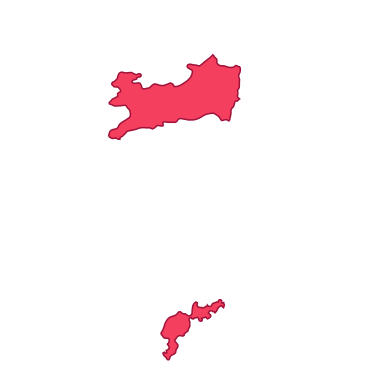 Likoma, Likoma, Malawi (Natural Earth projection), rotated 243°
{"feature_id": "42251766B55477981037231", "entity_name": "Likoma", "entity_type": "district", "adm_level": 2, "iso_a3": "MWI", "parent_name": "Malawi", "parent_adm1": "Likoma", "projection": "natural_earth1", "projection_center": [34.694, -12.051], "detail": "fine", "context": "isolated", "style": "filled", "palette": "rose", "viewbox_px": 384, "rotation_deg": 243, "n_neighbors": 0, "source": "geoboundaries", "source_scale": "gbopen_adm2", "svg_char_len": 5975}
<svg xmlns="http://www.w3.org/2000/svg" viewBox="0 0 384 384"><g transform="rotate(243 192 192)"><path d="M291.6,173.3L290.2,172.8L288.9,172.2L287.7,171.5L286.9,170.3L286.6,168.9L286.4,167.2L286.2,165.7L286.0,162.6L285.8,161.0L285.6,159.6L285.1,158.1L284.3,156.8L283.3,155.7L282.8,154.3L282.8,152.7L283.2,151.3L283.6,149.7L283.7,148.1L283.3,146.5L282.4,145.5L281.4,144.5L280.3,143.5L279.0,143.3L277.6,143.9L276.5,144.7L275.6,145.8L275.1,147.3L274.7,148.7L273.5,149.4L272.4,150.4L271.7,151.7L273.0,152.6L273.3,154.2L273.3,155.6L273.8,157.0L274.2,158.5L274.8,159.9L275.4,161.3L275.3,162.9L274.9,164.5L274.4,166.0L274.0,167.5L273.6,169.1L273.3,170.6L272.9,173.9L272.5,175.4L271.9,176.9L271.3,178.2L270.6,179.4L269.6,180.8L269.2,182.1L268.4,183.3L267.3,184.5L266.2,185.3L266.1,186.9L266.2,188.3L266.7,189.9L266.9,191.3L266.2,192.6L265.3,193.9L264.4,195.0L264.2,196.5L265.5,197.0L266.9,197.4L267.3,198.8L265.7,201.3L264.8,202.7L264.1,204.0L263.5,205.3L262.8,206.6L262.0,208.0L261.6,209.4L262.0,210.9L262.7,212.1L263.1,213.5L262.7,215.0L261.9,216.3L261.0,217.4L260.1,218.7L259.2,219.8L258.3,220.9L257.5,222.1L256.8,223.6L256.1,224.9L255.5,226.3L255.1,227.8L254.8,229.4L254.6,231.0L254.6,232.5L254.6,234.1L254.7,235.5L254.9,237.2L254.9,238.7L254.7,240.1L254.4,241.6L254.0,243.0L253.5,244.4L253.0,245.8L252.2,247.1L251.1,248.0L248.7,249.3L247.4,250.0L246.1,250.3L244.8,250.4L243.5,250.5L242.2,250.9L241.7,252.5L241.5,253.9L240.9,255.4L239.8,256.4L238.6,257.1L239.2,258.4L240.4,259.3L241.5,260.2L242.7,261.1L243.8,262.0L244.9,262.7L246.1,263.3L247.4,264.0L248.4,265.2L248.8,266.7L249.6,268.0L250.6,269.2L251.7,270.1L252.7,271.0L253.3,272.5L252.4,273.7L253.0,275.1L253.3,276.7L254.6,276.2L255.8,275.6L257.2,276.3L258.4,277.2L259.5,277.8L260.8,278.4L262.0,278.8L262.7,280.2L263.6,281.4L265.0,282.3L266.3,283.0L267.5,283.6L268.7,284.3L269.9,285.0L271.1,285.6L272.5,285.7L273.9,286.1L275.0,286.8L276.0,288.0L277.0,289.2L278.2,290.1L279.5,290.8L280.7,291.3L282.0,291.2L282.9,290.0L284.1,289.4L284.9,288.2L284.5,286.6L284.5,285.2L285.2,283.4L285.9,282.1L286.8,281.0L287.8,279.8L288.8,278.9L289.8,277.9L290.6,276.7L291.1,275.3L292.2,274.2L293.3,273.4L294.7,272.9L296.0,272.8L297.1,273.5L298.3,274.1L299.6,274.2L302.2,273.3L303.6,273.3L304.8,272.8L304.2,271.3L303.7,269.7L303.4,268.3L303.1,266.8L302.8,265.1L302.5,263.6L302.2,262.1L301.8,260.5L301.4,258.9L301.1,257.3L301.0,255.7L302.0,254.5L303.0,253.6L303.7,252.4L304.5,251.1L305.5,250.0L306.4,248.8L307.1,247.6L307.2,245.8L306.2,244.7L304.9,244.6L303.6,245.2L302.3,246.1L301.2,246.9L299.9,247.4L298.6,246.7L297.5,245.9L296.5,244.9L295.6,243.8L294.8,242.6L294.2,241.2L293.7,239.8L293.3,238.1L293.0,236.5L292.8,235.0L292.6,233.4L292.5,231.9L292.4,230.3L292.5,228.8L292.7,227.3L293.3,225.5L294.0,224.2L295.3,224.0L296.7,223.9L297.9,223.2L299.0,222.2L299.1,220.7L299.2,219.2L299.6,216.2L299.9,214.7L300.6,213.4L301.5,212.0L302.4,211.0L304.5,208.9L305.3,207.7L305.4,206.2L305.1,204.5L304.7,203.2L304.2,201.3L304.6,199.7L305.0,198.3L305.4,196.8L306.0,195.4L307.1,194.7L308.4,194.9L309.7,195.1L311.2,195.2L312.5,195.0L313.5,194.0L314.0,192.6L314.5,191.1L315.2,189.7L316.2,188.6L317.5,188.5L318.4,189.5L318.3,191.0L317.9,192.5L317.8,194.1L318.9,194.9L318.7,196.5L318.1,197.9L318.5,199.3L319.8,199.9L321.0,199.3L321.6,197.7L321.7,196.1L322.5,194.8L323.6,194.1L324.7,193.2L325.8,192.5L326.6,191.0L327.2,189.4L327.8,187.9L328.5,186.5L330.4,184.3L331.0,182.9L330.9,181.3L330.2,180.0L329.3,179.0L328.2,177.9L327.1,177.0L326.5,175.7L326.0,174.1L325.7,172.6L325.9,171.1L325.2,169.8L323.9,169.4L322.5,169.9L321.1,170.4L320.3,171.6L319.6,172.9L318.7,173.9L317.4,174.1L316.1,174.5L314.7,174.5L313.8,173.5L313.9,172.0L313.6,170.5L312.5,169.8L311.2,169.5L310.8,168.0L310.9,166.5L310.9,164.9L310.9,163.2L310.3,161.9L309.8,160.5L309.4,159.1L308.2,158.3L307.1,159.2L306.0,160.4L304.9,161.1L303.8,162.0L303.0,163.5L301.8,166.4L301.2,167.7L300.7,169.1L300.2,170.5L299.5,171.9L298.4,172.6L297.1,172.6L295.7,172.9L294.3,173.3L293.0,173.6L291.6,173.3ZM63.7,101.1L62.8,100.1L62.4,98.7L62.5,97.1L61.3,96.9L60.1,96.3L60.7,94.9L61.9,94.6L61.7,93.0L60.3,92.7L58.9,92.8L57.6,93.2L56.4,93.7L55.1,93.8L53.8,94.0L53.0,95.2L53.7,96.4L54.7,97.3L55.5,98.4L55.9,100.0L55.7,101.5L55.8,103.0L56.3,104.4L57.4,105.3L58.6,106.0L59.3,107.2L60.0,108.5L61.1,109.5L62.4,110.0L63.8,109.7L65.2,109.5L66.5,109.1L67.7,109.3L68.4,110.6L69.0,111.9L69.7,113.2L69.9,114.7L69.5,116.2L68.6,117.3L67.8,118.4L67.8,119.9L69.0,120.5L69.3,122.0L69.8,123.6L69.9,125.1L71.0,126.1L71.9,127.1L72.7,128.3L73.7,129.4L74.9,129.8L76.1,130.5L77.2,131.1L78.9,131.3L80.2,131.6L80.6,133.1L80.2,134.5L79.0,134.5L78.2,135.6L78.5,137.1L78.2,138.5L77.7,140.0L76.5,140.4L75.2,140.2L73.9,140.1L72.9,141.0L72.7,142.5L73.9,143.3L75.2,143.2L74.8,144.6L74.5,146.0L74.3,147.5L73.1,147.7L71.9,148.2L71.9,149.8L72.2,151.2L72.9,152.5L74.3,152.7L75.5,152.1L76.8,151.7L77.6,152.9L77.8,154.3L77.3,155.7L76.0,156.3L75.2,157.4L73.9,157.6L74.4,159.0L75.0,160.3L76.0,161.3L76.7,162.6L77.3,164.0L77.4,165.5L77.1,166.9L75.8,167.0L74.6,167.6L76.6,169.6L77.9,169.7L79.1,170.0L79.2,168.4L80.5,168.5L81.7,169.1L83.0,168.7L83.6,167.4L83.0,166.1L82.0,165.1L82.8,164.0L82.9,162.4L83.2,160.9L83.1,159.4L82.3,158.1L81.5,156.9L82.0,155.6L83.1,154.7L84.3,154.4L83.3,153.6L83.9,152.1L83.4,150.7L83.6,149.2L84.7,148.3L85.3,146.9L86.2,145.8L87.4,145.1L88.7,145.0L89.8,145.9L91.0,146.4L92.2,145.6L92.0,144.2L91.5,142.8L90.7,141.6L89.7,140.6L88.6,139.8L87.4,139.1L86.3,138.3L85.1,137.6L83.9,137.0L83.0,135.9L82.7,134.5L82.9,133.0L83.9,132.0L85.3,131.4L86.5,130.7L87.2,129.4L88.1,128.3L89.4,127.8L90.5,127.3L91.2,125.9L90.7,124.4L90.0,123.1L89.8,121.5L89.8,120.1L90.1,118.5L90.3,117.0L90.5,115.5L90.1,113.7L89.6,112.2L88.9,110.9L88.0,109.6L87.2,108.4L86.1,107.4L85.1,106.4L84.0,105.3L83.1,104.3L82.1,103.0L81.2,101.7L80.5,100.5L79.1,99.9L77.8,100.3L76.3,100.5L75.0,100.7L74.0,101.6L73.2,103.0L72.5,104.2L71.3,104.9L70.1,104.3L68.9,103.5L68.1,102.4L67.6,101.0L66.3,101.1L65.0,101.3L63.7,101.1Z" fill="#f43f5e" stroke="#9f1239" stroke-width="1.5"/></g></svg>